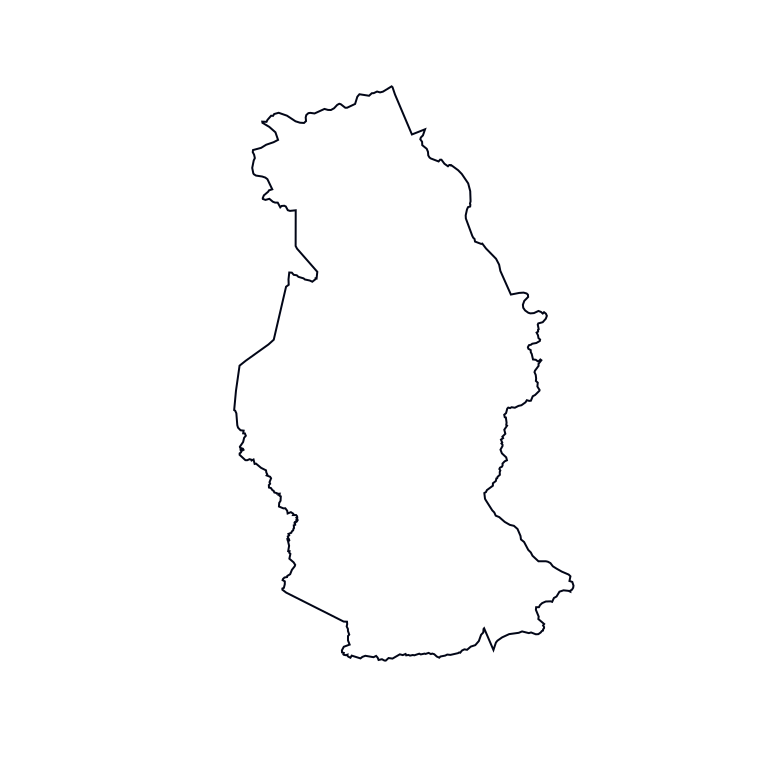 outline of Santa Lucia, Guayas, Ecuador, rotated 246°
{"feature_id": "8360857B32465002428557", "entity_name": "Santa Lucia", "entity_type": "district", "adm_level": 2, "iso_a3": "ECU", "parent_name": "Ecuador", "parent_adm1": "Guayas", "projection": "mercator", "projection_center": [-80.061, -1.713], "detail": "fine", "context": "isolated", "style": "outline", "palette": "ink", "viewbox_px": 768, "rotation_deg": 246, "n_neighbors": 0, "source": "geoboundaries", "source_scale": "gbopen_adm2", "svg_char_len": 6153}
<svg xmlns="http://www.w3.org/2000/svg" viewBox="0 0 768 768"><g transform="rotate(246 384 384)"><path d="M149.0,244.0L142.9,250.9L143.5,253.3L143.3,256.4L138.7,263.3L138.8,266.2L136.6,266.9L134.1,266.8L133.4,270.2L131.2,271.9L130.6,273.1L131.8,276.7L129.7,280.1L130.6,288.5L128.7,290.9L128.6,293.9L127.1,293.9L126.5,296.2L125.3,297.3L124.7,300.1L123.8,301.4L123.3,306.5L122.0,307.6L121.2,311.4L120.5,312.2L120.2,315.4L118.2,317.0L118.1,318.4L116.7,320.0L113.5,321.4L111.5,323.2L112.1,324.7L111.0,329.5L111.1,331.7L109.5,334.5L108.0,342.2L108.2,343.5L107.5,344.3L108.8,346.8L108.9,349.5L107.4,351.8L108.8,356.5L108.3,361.2L110.6,366.1L115.4,370.7L116.6,373.6L119.7,375.3L120.1,376.1L96.5,375.8L102.3,381.1L103.4,383.3L104.5,388.9L104.6,396.6L101.9,405.9L101.8,409.5L97.5,415.0L97.2,417.3L93.6,420.9L92.7,423.3L93.3,426.2L94.1,427.6L94.1,429.0L95.1,429.5L95.9,430.9L96.9,431.4L98.7,431.1L99.6,432.7L106.5,429.4L108.6,430.7L115.9,430.9L118.2,432.2L117.1,434.8L118.5,436.5L119.5,439.3L119.5,443.3L117.7,447.8L116.6,449.0L119.4,452.2L119.7,455.2L122.9,459.8L122.5,464.1L120.0,468.4L118.4,469.8L119.5,470.3L119.6,472.0L120.9,473.9L122.7,475.1L126.6,475.5L128.6,473.3L132.5,476.1L134.8,475.2L140.3,470.1L145.2,466.5L148.8,464.1L152.7,463.2L155.0,461.4L156.2,459.8L159.2,453.0L166.7,449.8L170.4,449.6L173.8,448.3L182.7,447.7L186.3,445.9L189.7,446.9L197.3,447.0L201.6,445.0L204.1,441.7L208.9,438.2L215.6,435.1L218.3,432.5L221.8,432.5L224.5,431.5L236.7,429.7L238.1,429.6L243.6,431.3L243.8,433.2L245.2,434.8L246.8,442.1L249.0,443.1L249.9,446.7L252.0,448.2L251.9,449.1L253.0,450.0L253.9,452.9L256.5,453.9L257.7,455.1L259.4,454.8L260.4,455.9L260.5,458.2L261.5,459.3L263.1,459.9L264.3,462.8L264.3,465.3L267.3,465.8L272.7,463.5L276.6,463.7L279.2,467.1L280.4,467.6L281.9,467.1L282.4,468.2L285.6,468.2L286.1,470.8L287.7,470.7L289.2,474.6L293.3,475.3L295.9,479.5L296.9,479.0L298.7,480.2L303.8,481.7L304.5,480.8L307.0,481.3L307.8,483.7L311.4,486.6L311.9,487.9L310.7,489.4L310.9,491.1L309.1,493.9L309.3,498.0L308.7,500.9L309.7,505.8L311.1,507.9L309.5,509.8L309.0,511.4L312.3,514.9L312.5,517.6L314.6,523.2L315.2,523.7L319.3,523.1L322.7,525.0L325.0,524.0L327.1,525.2L330.6,526.3L333.6,526.3L334.8,527.4L337.7,532.6L339.5,533.3L341.7,537.4L342.8,536.8L342.0,534.9L342.2,533.7L344.4,532.5L345.8,530.1L351.5,531.2L353.2,531.0L355.3,531.8L357.5,530.2L359.1,530.4L360.5,532.2L360.1,534.3L360.5,535.8L359.5,539.8L359.9,543.8L361.1,544.7L363.1,543.8L365.9,544.5L368.9,544.3L369.2,546.1L370.8,546.7L371.1,547.6L375.7,548.6L376.6,549.6L375.9,554.1L377.8,558.3L380.0,560.5L382.4,560.5L384.5,559.4L383.8,557.7L386.0,556.7L387.9,554.8L387.8,549.8L389.0,546.4L390.4,544.8L393.8,542.8L397.0,542.2L399.9,543.1L402.9,546.0L404.9,551.1L407.1,551.8L408.7,551.1L410.7,548.7L412.2,544.6L414.1,536.3L440.0,536.3L446.2,537.7L452.8,537.3L466.3,532.3L472.3,530.9L472.4,529.8L477.1,525.1L479.8,525.7L481.3,525.0L483.5,524.9L501.9,526.1L504.8,527.2L509.7,530.8L511.4,532.7L511.1,534.9L512.6,535.8L513.8,535.9L515.7,537.4L525.1,541.2L533.0,542.5L544.2,540.5L549.1,538.7L555.8,534.9L556.3,534.1L556.8,534.2L557.5,532.7L556.9,531.0L560.6,528.8L565.5,527.7L566.1,526.5L565.1,524.4L571.0,518.5L572.4,517.7L574.8,517.4L578.2,518.6L581.5,518.7L586.6,516.1L589.8,517.3L592.8,516.7L594.2,517.9L595.3,520.7L600.0,525.1L600.6,511.0L644.1,511.8L651.7,512.5L652.8,512.0L651.5,501.9L652.0,499.0L654.0,496.6L653.9,492.9L654.6,491.1L653.4,487.6L658.7,479.4L657.3,476.5L651.6,471.5L651.4,462.6L652.1,461.0L657.2,458.3L658.2,457.1L658.0,454.8L656.2,450.5L655.9,447.0L657.1,444.4L659.5,441.5L659.4,430.6L661.7,426.9L662.2,425.1L661.3,422.4L659.4,420.9L655.9,419.7L655.0,417.1L656.9,413.5L660.0,410.0L668.6,404.5L674.6,398.1L675.3,393.5L674.1,391.7L675.0,390.0L672.7,385.0L671.3,383.3L673.2,379.5L672.0,379.2L665.5,383.8L658.1,387.2L650.1,386.5L649.8,381.5L650.5,373.7L649.7,367.8L651.0,359.5L649.2,358.4L646.4,358.6L642.9,357.9L641.2,355.9L635.0,351.5L629.7,350.3L628.6,350.4L626.5,351.8L623.1,357.1L620.9,359.5L618.6,360.8L607.3,361.1L607.7,357.7L606.8,356.5L605.2,351.0L603.1,348.8L602.3,348.6L600.4,350.6L599.8,354.6L595.7,356.6L594.1,358.2L592.9,360.7L587.6,361.1L588.3,362.8L587.4,365.4L586.1,366.5L581.9,366.8L580.4,368.5L578.6,374.0L546.0,359.4L543.0,359.6L513.6,368.7L507.8,365.3L508.4,364.5L507.6,364.0L506.6,360.1L508.7,358.3L511.7,354.2L513.2,353.5L516.7,349.4L518.8,348.5L520.5,345.9L523.2,345.1L524.4,342.8L518.4,339.3L513.4,337.3L512.7,334.1L469.3,301.3L467.1,294.5L461.5,267.2L459.5,259.5L438.0,246.0L421.1,236.5L420.1,237.2L417.3,237.2L406.0,233.2L403.5,232.9L400.1,234.1L398.5,236.8L396.2,235.3L395.4,236.8L392.9,236.7L391.8,234.4L388.3,231.7L385.3,226.8L384.3,226.6L382.2,228.8L381.0,228.9L380.9,228.1L382.2,227.1L382.2,226.2L381.7,226.1L381.0,227.0L379.7,225.5L379.3,223.9L378.0,223.3L370.8,226.4L370.0,228.1L370.0,230.6L368.9,231.9L368.0,231.9L368.1,234.1L363.6,233.3L363.3,234.7L357.4,237.6L353.1,241.1L351.0,240.5L348.8,240.6L348.2,239.6L345.6,242.2L343.8,242.5L340.9,239.5L339.2,239.4L338.5,237.7L336.2,236.8L334.9,238.4L332.3,238.9L331.4,239.7L329.5,239.7L327.9,241.7L327.2,241.7L326.3,243.9L325.5,242.9L325.2,243.6L324.2,243.2L323.3,244.0L319.4,242.0L318.0,239.9L314.8,238.2L311.3,241.5L310.6,243.3L307.6,244.0L304.9,243.3L304.8,246.8L302.5,248.3L301.7,248.4L301.2,247.7L300.0,250.4L298.5,250.8L297.2,250.4L297.3,249.6L294.8,249.8L294.3,249.1L295.0,248.4L293.7,247.8L294.1,246.4L293.5,245.7L292.6,246.0L291.5,245.6L291.6,244.1L289.0,243.2L288.8,242.6L287.3,241.5L286.8,239.8L285.8,238.8L285.9,235.7L284.3,235.8L283.9,234.1L282.4,233.9L281.9,232.7L280.8,232.5L280.7,234.0L279.7,233.9L279.0,232.3L274.8,231.5L270.3,228.5L269.7,229.7L268.4,228.8L266.9,229.4L262.9,226.5L257.8,228.9L254.9,229.3L253.8,228.3L251.7,224.3L248.4,220.9L248.0,217.6L247.1,216.9L247.7,214.4L247.0,212.5L246.1,211.6L244.0,213.1L241.4,211.9L238.5,209.6L238.5,208.0L237.4,207.5L233.2,209.8L185.1,249.1L183.4,250.5L181.9,253.5L179.6,252.7L177.7,251.3L174.9,251.4L173.0,250.6L169.2,250.3L168.4,248.6L164.4,246.8L159.9,246.6L160.3,240.4L157.8,237.2L155.9,236.5L154.7,237.9L153.5,236.9L152.9,237.2L151.8,238.8L151.6,240.5L150.9,240.0L149.4,240.5L147.6,242.0L149.0,244.0Z" fill="none" stroke="#020617" stroke-width="2"/></g></svg>